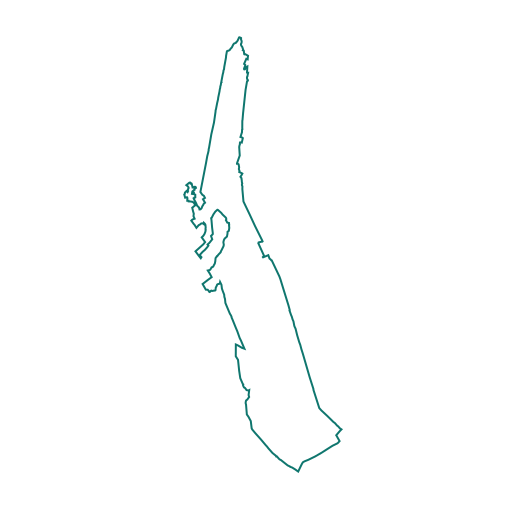 Ceplenita, Iasi, Romania, rotated 83°
{"feature_id": "2599482B12453370715031", "entity_name": "Ceplenita", "entity_type": "district", "adm_level": 2, "iso_a3": "ROU", "parent_name": "Romania", "parent_adm1": "Iasi", "projection": "robinson", "projection_center": [26.945, 47.387], "detail": "fine", "context": "isolated", "style": "outline", "palette": "teal", "viewbox_px": 512, "rotation_deg": 83, "n_neighbors": 0, "source": "geoboundaries", "source_scale": "gbopen_adm2", "svg_char_len": 5955}
<svg xmlns="http://www.w3.org/2000/svg" viewBox="0 0 512 512"><g transform="rotate(83 256 256)"><path d="M427.7,280.9L431.6,278.4L438.8,273.4L445.1,269.3L446.3,268.4L448.5,267.1L453.6,263.6L456.7,260.6L457.5,260.4L457.6,260.1L457.5,259.7L460.4,257.7L460.9,257.2L461.5,256.2L467.7,250.1L469.1,247.9L469.4,247.8L470.3,246.0L471.0,245.1L472.8,242.9L475.1,240.4L468.4,236.1L466.8,234.9L466.4,234.5L465.7,232.8L464.7,229.0L462.2,221.8L459.4,215.2L454.2,204.3L453.6,203.0L451.9,198.1L451.4,197.3L449.9,195.6L443.7,198.2L440.2,194.4L438.5,192.3L437.2,193.8L435.1,195.2L434.3,196.1L431.5,198.0L430.7,198.8L430.3,199.3L423.6,204.6L417.3,209.9L414.7,211.7L413.8,211.9L395.8,215.3L395.1,215.2L382.9,217.5L358.8,221.4L354.0,222.3L349.6,222.9L346.7,223.6L339.6,224.8L332.9,225.6L331.2,226.2L330.0,226.5L325.4,226.8L323.5,227.4L320.4,227.9L319.2,228.3L314.1,229.4L313.8,229.1L309.0,229.8L290.6,233.1L282.1,234.6L279.1,235.3L262.3,240.9L262.2,241.3L261.3,241.8L260.2,242.9L256.7,243.7L258.4,249.9L256.8,248.0L243.7,252.1L243.6,251.9L243.3,251.9L243.0,251.5L242.8,251.5L242.5,249.1L242.6,248.2L242.3,247.7L240.9,248.1L226.2,253.3L214.1,257.2L200.4,261.8L188.0,261.4L185.3,261.0L185.1,261.0L184.3,261.3L183.9,261.3L183.0,261.2L182.3,260.8L181.0,261.0L178.6,260.9L177.8,261.0L177.2,260.9L176.8,261.0L176.4,261.3L175.5,261.8L174.1,260.6L172.5,259.5L172.1,260.0L170.6,262.4L169.6,262.0L167.9,262.4L167.5,262.4L165.9,261.9L162.9,262.1L162.3,262.7L162.1,263.4L162.1,263.6L161.8,263.6L154.3,259.9L145.8,259.4L144.2,258.9L143.0,258.3L142.4,258.3L141.8,258.2L141.3,258.0L141.3,257.8L141.4,257.0L141.7,256.3L137.4,254.7L136.7,255.4L136.0,256.9L132.2,255.2L131.7,254.9L128.8,254.4L128.4,254.0L127.8,254.1L120.1,253.1L119.3,252.8L112.6,251.4L89.8,246.1L81.5,243.6L81.0,242.7L80.5,242.6L79.3,243.2L78.8,243.3L78.5,243.2L77.6,243.2L76.9,242.9L76.4,242.5L75.4,242.3L74.8,242.0L73.8,241.9L73.6,241.6L73.2,241.5L73.2,242.3L72.9,242.6L66.9,241.5L67.6,243.1L68.7,244.0L69.3,244.2L69.4,244.8L69.3,245.0L68.8,245.1L67.9,244.7L65.5,243.4L65.0,243.4L63.9,244.4L59.1,241.6L59.8,240.3L57.8,239.9L56.3,239.5L54.4,242.0L54.5,242.8L54.4,243.0L54.2,243.1L50.7,243.1L50.4,243.4L50.2,243.9L49.7,243.6L47.0,244.1L45.5,244.9L44.5,245.2L43.6,245.0L42.7,244.4L41.5,244.1L40.7,244.1L39.5,244.4L38.8,244.5L37.9,244.2L37.7,244.3L36.9,245.8L37.0,246.2L37.3,246.4L37.8,246.6L39.3,247.6L39.7,247.8L40.6,248.5L41.0,248.9L41.1,249.3L42.0,250.0L42.4,251.7L42.6,252.1L43.5,252.9L46.1,254.6L47.2,256.0L48.2,256.8L48.9,258.2L48.9,259.1L49.0,259.6L49.5,260.0L53.7,261.3L55.3,261.6L58.5,262.6L64.6,264.5L66.8,265.0L67.8,265.6L69.7,266.1L71.7,266.9L78.6,269.1L79.3,269.0L79.5,269.4L82.2,270.2L83.2,270.7L84.9,271.1L86.1,271.6L88.3,272.2L94.2,274.2L95.9,274.6L99.4,275.9L105.3,277.8L106.4,278.3L107.9,278.6L113.5,280.1L118.6,281.5L129.7,285.5L142.8,289.4L144.4,290.0L145.7,290.2L146.3,290.5L146.8,290.6L150.9,292.2L157.7,294.3L185.7,303.4L188.7,301.8L189.9,300.4L192.1,299.6L193.2,301.7L196.9,300.1L197.5,301.1L197.9,301.6L198.9,302.2L200.2,303.3L201.8,304.1L202.8,305.2L202.9,305.5L202.6,305.8L202.8,306.4L200.9,306.7L198.9,308.3L196.3,309.0L194.1,309.8L193.4,310.2L191.4,310.8L191.4,310.3L190.6,310.2L190.4,309.1L187.7,308.8L187.0,310.1L185.4,309.9L184.8,310.8L186.7,311.3L186.5,312.0L184.2,311.3L183.2,309.8L182.8,308.9L181.9,309.0L181.1,307.3L180.4,307.4L180.0,307.8L179.8,308.2L180.2,310.6L176.5,311.0L176.1,311.2L176.2,312.0L175.8,312.0L175.2,312.3L175.0,312.5L175.2,313.4L177.2,316.5L178.4,315.3L179.7,314.6L180.8,314.8L181.3,315.3L181.5,315.3L182.4,315.7L183.0,315.7L183.3,315.5L184.2,316.1L183.0,317.0L184.4,318.8L184.6,318.8L185.7,319.2L186.0,319.3L186.2,319.7L189.5,319.2L189.3,318.0L189.4,317.2L190.3,317.0L191.0,317.2L192.8,317.5L193.0,316.2L193.6,316.2L193.9,314.4L194.5,312.4L195.5,311.3L197.4,310.4L198.4,310.4L200.3,313.4L204.0,313.0L206.5,312.6L208.8,313.2L211.5,312.4L212.0,314.5L212.3,315.0L213.0,315.9L216.8,313.8L217.4,313.3L220.8,311.7L218.4,309.1L218.0,307.9L217.1,306.5L217.0,306.0L217.1,304.9L218.3,303.6L217.0,303.8L216.7,303.7L217.7,302.9L218.5,302.5L219.2,302.4L221.8,302.5L223.2,302.9L223.9,302.7L224.6,303.0L225.5,303.2L227.8,304.4L228.9,305.3L229.5,305.8L230.9,307.6L236.0,304.8L238.0,306.9L244.0,315.5L248.9,312.7L251.5,311.1L250.5,310.3L248.2,311.8L245.3,308.4L243.7,306.0L241.4,303.4L239.9,302.0L238.7,302.7L237.3,300.7L234.1,297.4L230.6,298.2L229.1,296.3L228.8,296.3L228.3,296.1L222.8,296.1L222.4,296.1L214.7,295.8L213.0,295.9L212.8,295.4L209.5,293.2L207.7,291.6L207.0,291.0L205.4,288.7L205.5,288.4L205.7,288.1L209.0,285.2L210.7,284.2L214.2,281.3L215.0,281.0L216.2,281.1L216.7,281.5L219.4,280.4L219.9,278.8L221.7,278.8L221.8,279.0L224.9,279.1L227.7,279.9L228.5,281.3L230.5,281.6L233.2,282.5L234.9,285.0L236.2,285.9L238.3,286.7L241.0,286.6L242.4,287.1L245.6,289.2L247.3,290.4L248.0,290.6L250.1,293.2L251.5,294.5L251.4,294.8L253.2,296.4L256.5,297.1L257.1,297.4L257.8,297.5L258.9,298.1L259.9,298.9L261.2,299.7L261.4,300.0L261.8,300.8L261.8,301.4L263.4,302.6L264.0,303.1L264.3,303.8L264.5,305.6L267.9,304.0L271.6,302.6L274.0,306.9L277.3,312.4L283.3,309.9L283.6,308.1L285.0,307.1L285.6,307.0L286.1,306.4L285.9,305.9L285.1,305.1L284.9,304.6L285.3,304.0L285.4,303.1L285.3,302.9L285.2,302.0L285.3,301.3L285.2,300.6L284.8,300.3L282.5,299.8L281.1,298.8L279.6,298.0L279.2,297.0L279.2,296.1L279.1,295.8L278.4,295.1L277.5,294.8L280.4,293.8L284.2,293.8L287.0,293.2L290.5,292.3L292.7,292.4L294.8,292.0L298.9,292.1L309.6,289.1L310.7,288.7L311.7,288.2L313.2,287.7L314.2,287.7L316.1,287.1L324.7,284.8L328.6,283.7L335.4,282.2L338.2,281.2L346.6,278.8L345.4,281.2L342.5,284.9L341.4,286.8L353.1,288.3L356.9,286.5L367.8,286.7L375.4,286.5L381.5,284.7L381.9,284.3L382.5,284.6L383.0,284.6L384.8,284.0L385.3,283.6L385.5,283.1L386.8,282.3L387.7,281.9L388.0,281.6L388.3,280.9L388.5,279.6L388.3,279.1L393.1,280.3L395.1,280.0L397.5,282.2L398.0,283.2L398.5,283.6L400.0,284.1L401.2,284.2L402.2,284.0L412.2,284.4L414.6,283.1L419.2,281.3L426.6,281.3L427.7,280.9Z" fill="none" stroke="#0f766e" stroke-width="2"/></g></svg>